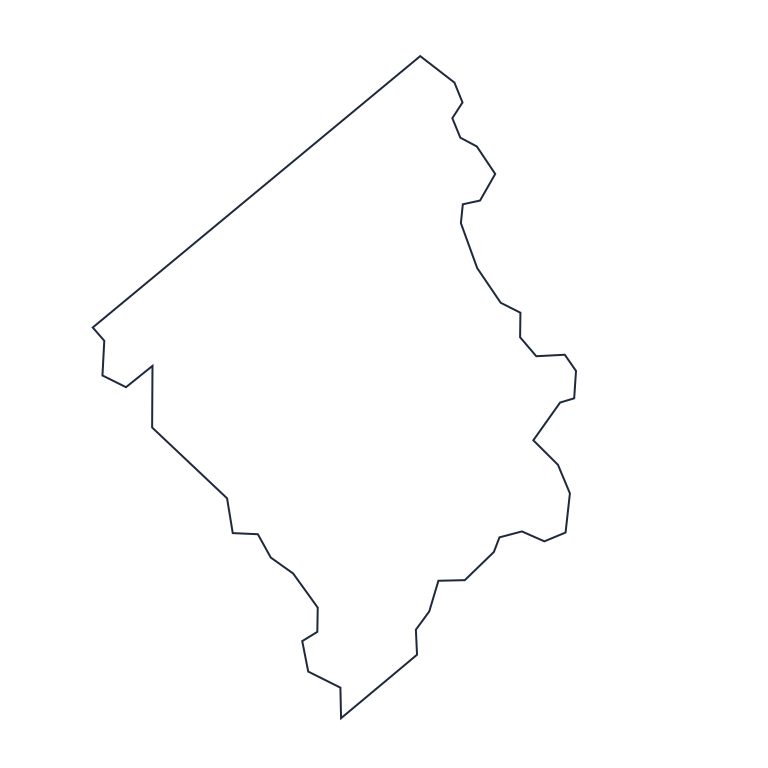 Lake, Colorado, United States of America, rotated 140°
{"feature_id": "52423323B1208746636879", "entity_name": "Lake", "entity_type": "district", "adm_level": 2, "iso_a3": "USA", "parent_name": "United States of America", "parent_adm1": "Colorado", "projection": "mercator", "projection_center": [-106.349, 39.219], "detail": "fine", "context": "isolated", "style": "outline", "palette": "slate", "viewbox_px": 768, "rotation_deg": 140, "n_neighbors": 0, "source": "geoboundaries", "source_scale": "gbopen_adm2", "svg_char_len": 778}
<svg xmlns="http://www.w3.org/2000/svg" viewBox="0 0 768 768"><g transform="rotate(140 384 384)"><path d="M553.5,155.4L532.7,155.4L517.5,175.3L495.5,180.7L468.8,198.3L448.2,181.8L407.8,184.7L394.1,192.3L373.1,182.4L362.3,160.4L340.4,153.5L311.9,180.7L302.7,210.2L305.8,244.9L261.0,256.6L247.5,250.8L228.5,270.6L226.7,290.2L249.5,307.4L249.7,332.3L233.7,350.9L242.4,371.2L238.1,412.9L221.7,457.8L208.1,471.0L192.5,462.8L163.8,473.4L160.2,506.3L167.2,523.6L160.8,543.7L142.9,549.2L136.3,569.6L145.5,611.9L570.8,614.5L570.5,596.9L594.2,571.5L583.7,547.4L549.7,546.7L589.6,499.7L577.7,397.3L595.7,367.0L577.2,350.0L582.3,323.8L575.4,297.2L578.5,255.3L594.4,237.0L611.9,239.6L626.9,212.4L612.6,179.4L631.7,155.6L553.5,155.4Z" fill="none" stroke="#1e293b" stroke-width="2"/></g></svg>